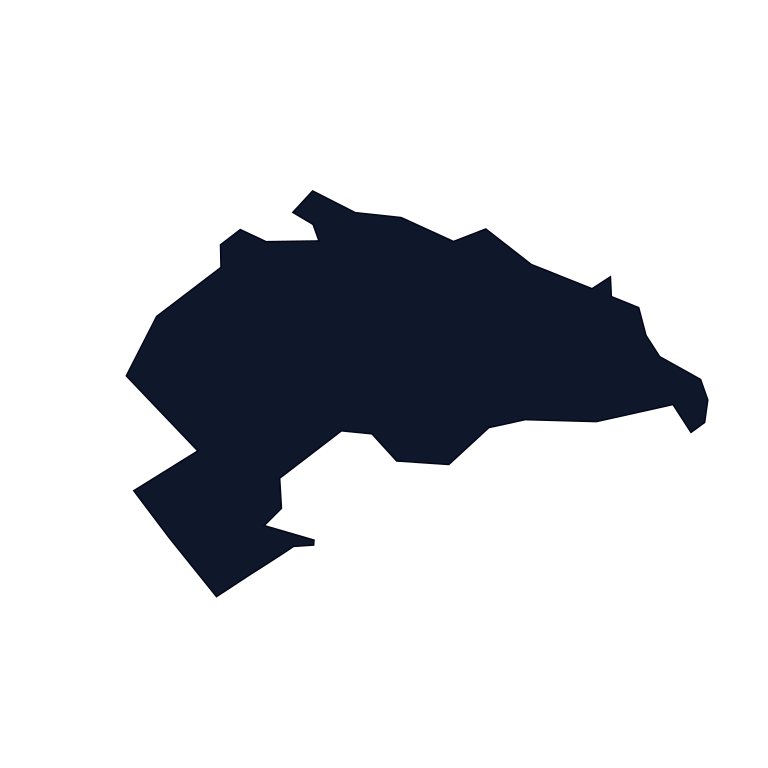 outline of Longochuk, Upper Nile, South Sudan, rotated 147°
{"feature_id": "79223893B31888405901503", "entity_name": "Longochuk", "entity_type": "district", "adm_level": 2, "iso_a3": "SSD", "parent_name": "South Sudan", "parent_adm1": "Upper Nile", "projection": "albers", "projection_center": [33.507, 9.303], "detail": "fine", "context": "isolated", "style": "filled", "palette": "ink", "viewbox_px": 768, "rotation_deg": 147, "n_neighbors": 0, "source": "geoboundaries", "source_scale": "gbopen_adm2", "svg_char_len": 735}
<svg xmlns="http://www.w3.org/2000/svg" viewBox="0 0 768 768"><g transform="rotate(147 384 384)"><path d="M652.0,430.8L647.9,372.2L640.3,296.9L599.6,297.1L575.4,296.9L556.4,296.9L548.4,297.1L530.7,287.2L527.7,291.2L561.6,330.5L537.7,335.6L522.8,361.8L445.2,367.9L421.3,348.8L415.3,312.5L373.5,281.2L319.8,290.3L285.0,277.2L226.4,236.8L152.8,209.4L152.9,176.2L136.0,177.1L121.1,194.3L116.0,215.4L137.9,256.8L137.8,282.0L128.8,309.3L145.7,333.5L135.7,350.6L157.6,350.6L195.4,404.1L214.2,458.6L248.1,465.7L278.9,514.2L314.8,543.4L338.7,584.8L367.0,577.6L356.6,556.5L360.6,539.4L405.4,567.6L420.4,591.8L445.3,589.8L457.2,570.6L537.9,564.5L595.7,531.2L576.6,429.3L652.0,430.8Z" fill="#0f172a" stroke="#020617" stroke-width="1.5"/></g></svg>